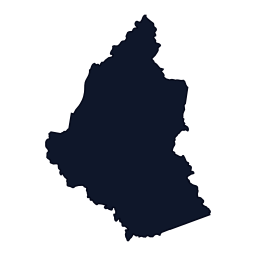 Ku-ring-gai, New South Wales, Australia (Robinson projection)
{"feature_id": "25037944B69948285060259", "entity_name": "Ku-ring-gai", "entity_type": "district", "adm_level": 2, "iso_a3": "AUS", "parent_name": "Australia", "parent_adm1": "New South Wales", "projection": "robinson", "projection_center": [151.146, -33.727], "detail": "fine", "context": "isolated", "style": "filled", "palette": "ink", "viewbox_px": 256, "rotation_deg": 0, "n_neighbors": 0, "source": "geoboundaries", "source_scale": "gbopen_adm2", "svg_char_len": 5801}
<svg xmlns="http://www.w3.org/2000/svg" viewBox="0 0 256 256"><path d="M67.3,185.1L67.7,185.6L68.1,185.9L70.4,186.3L72.3,187.3L73.0,187.5L73.7,187.3L75.2,186.1L78.4,185.3L82.0,185.1L83.4,185.3L83.8,185.7L84.3,186.6L86.3,187.4L86.8,187.9L86.9,189.0L86.6,190.2L86.9,191.1L87.5,191.8L87.4,192.7L88.0,195.2L87.6,196.5L87.7,197.3L88.1,197.5L88.8,197.1L89.4,197.2L90.4,198.5L90.5,198.8L90.3,199.6L90.5,199.9L91.1,200.2L91.9,199.7L92.2,199.8L92.7,200.3L93.9,202.2L95.8,204.0L96.9,204.5L98.3,203.5L100.6,203.7L102.5,204.0L105.8,205.0L106.5,205.3L106.5,205.5L105.9,206.1L105.0,206.5L104.6,207.2L104.6,207.5L105.2,208.2L105.8,208.5L107.7,208.1L109.0,209.1L111.3,209.9L112.0,209.6L112.5,207.7L112.8,207.3L113.7,207.3L114.8,207.8L115.0,208.4L115.1,209.5L115.9,210.7L115.9,213.2L115.8,213.9L115.4,214.4L114.9,214.5L114.2,214.3L113.9,214.8L114.1,215.6L114.8,217.0L114.8,218.1L114.9,219.3L115.3,220.4L115.9,220.9L116.3,220.9L118.1,219.1L119.0,218.5L119.6,218.5L119.8,219.1L119.8,221.0L120.2,221.6L121.4,222.0L121.7,222.3L122.1,223.2L122.3,225.6L122.5,225.9L123.0,226.1L124.7,226.0L125.4,226.3L126.9,227.5L128.2,229.0L128.3,229.6L128.0,229.8L127.3,230.0L126.0,230.0L125.6,230.2L125.5,230.4L126.2,232.0L125.6,234.5L125.9,236.5L126.1,237.2L126.8,238.3L127.3,240.1L127.6,240.5L127.9,240.6L128.5,240.5L129.9,238.4L131.3,237.2L133.2,234.0L134.3,234.4L135.5,235.4L136.1,235.7L136.7,235.7L138.1,235.4L138.5,235.4L138.9,235.8L139.0,236.3L139.2,236.8L140.6,236.2L141.6,236.1L142.5,236.3L143.4,236.8L144.1,236.6L145.1,237.0L145.7,236.7L146.6,235.6L147.0,235.5L148.4,235.6L150.1,236.6L152.7,236.6L154.4,234.8L155.8,234.2L156.5,234.1L158.2,234.3L158.9,234.8L159.8,235.1L160.2,234.0L161.2,232.4L170.2,228.9L170.3,229.1L209.7,214.6L209.4,213.4L209.4,213.1L209.2,212.6L210.0,212.4L210.1,212.0L210.1,211.4L209.8,210.7L208.7,209.4L208.6,208.9L207.0,208.0L206.4,207.1L203.9,206.0L203.6,205.6L203.1,205.9L202.6,205.2L201.9,203.5L203.3,202.2L203.5,201.0L203.2,200.4L200.7,198.0L199.4,197.6L197.9,197.6L197.5,196.8L197.6,196.5L197.3,195.4L197.2,193.7L197.9,190.9L197.5,190.1L197.4,187.4L197.2,186.9L196.3,186.1L193.6,185.3L192.3,184.8L191.0,183.8L190.3,183.5L188.8,181.7L189.3,181.3L188.9,180.4L187.5,179.3L187.0,178.1L187.1,177.0L187.5,176.3L191.1,174.0L193.2,173.5L193.7,173.2L193.6,172.5L193.3,172.0L192.4,171.6L191.0,171.4L190.6,170.9L191.2,167.7L191.0,166.8L190.7,166.4L189.8,165.8L188.7,165.6L188.4,165.5L188.2,164.8L188.5,163.3L188.2,162.8L186.6,162.1L186.1,161.6L184.6,158.0L183.4,155.8L183.0,155.7L182.7,155.9L182.1,156.7L181.3,157.0L180.2,156.9L178.6,156.3L177.9,155.8L174.6,154.2L174.6,153.8L174.7,153.3L174.5,152.6L174.0,152.2L172.6,151.6L172.2,151.0L172.2,149.9L172.7,148.2L173.3,146.8L174.2,145.4L174.6,144.5L174.6,143.6L174.3,142.1L174.0,141.5L174.1,141.0L175.0,139.9L174.6,138.5L175.2,137.0L177.0,135.3L177.3,134.6L177.9,133.8L179.0,133.1L179.6,132.4L180.2,131.4L181.6,130.3L183.0,129.8L184.0,130.2L184.5,129.7L185.4,129.7L186.3,129.8L187.5,130.7L187.8,130.7L188.1,130.2L188.2,129.2L188.0,128.2L187.4,127.1L185.3,125.7L184.5,126.0L184.2,125.8L184.0,124.9L184.6,123.5L183.4,122.1L183.2,120.9L183.7,119.1L182.7,118.3L182.5,117.4L182.7,116.4L182.6,115.0L182.9,113.5L182.9,113.1L184.4,109.6L183.9,105.5L184.3,104.5L185.2,103.5L187.6,87.4L186.7,86.7L185.6,84.7L185.3,83.6L185.0,83.0L184.8,82.0L183.6,80.5L181.1,80.7L179.7,80.5L178.9,80.3L177.0,80.1L175.3,80.4L174.1,80.0L171.9,79.6L169.7,80.0L169.1,80.0L167.8,79.5L166.5,79.3L164.1,77.6L163.7,77.3L163.6,76.9L163.9,75.3L163.8,74.9L163.2,73.8L161.6,72.1L161.4,71.4L161.5,70.8L162.9,69.6L163.1,69.2L161.5,68.7L160.3,68.5L159.6,68.1L156.6,64.5L155.2,63.4L154.2,63.0L153.6,61.2L151.7,59.3L151.8,58.6L152.1,58.1L155.0,55.2L157.3,51.7L158.0,50.2L157.9,48.3L158.1,47.8L158.7,47.0L159.7,46.3L160.3,45.4L160.1,44.9L159.2,44.1L158.2,43.7L156.6,43.4L155.7,42.8L155.3,41.8L155.5,40.5L155.1,39.8L153.7,38.1L153.6,37.7L153.8,36.6L154.5,36.0L155.5,35.7L155.5,34.7L154.6,33.0L154.6,32.6L154.8,31.8L156.0,30.3L156.2,29.6L156.1,29.1L155.8,28.4L153.9,26.8L153.6,25.9L153.5,24.1L153.2,23.4L150.4,21.3L147.5,18.9L146.2,17.6L145.8,16.9L145.8,15.4L144.6,15.4L144.1,15.8L143.1,17.2L142.1,19.9L140.8,21.9L140.5,22.3L138.8,22.3L137.5,21.6L136.9,21.5L136.5,21.6L135.7,22.2L135.2,23.6L135.4,24.8L135.7,25.4L137.2,27.0L137.4,27.4L137.3,27.8L136.4,28.1L134.4,28.4L133.9,28.7L133.3,29.4L132.6,31.2L131.9,31.7L129.1,31.9L128.0,32.5L127.7,32.8L126.3,36.1L126.3,36.8L126.8,37.5L126.8,38.1L126.5,38.8L125.4,40.6L124.4,41.1L122.5,41.3L121.9,41.6L120.9,42.7L120.1,44.0L118.2,45.9L116.2,46.2L114.1,45.9L113.0,46.3L112.8,46.7L113.1,47.9L112.9,48.5L112.4,49.9L111.3,51.3L110.6,53.3L110.7,53.9L111.0,54.2L112.6,54.2L112.9,54.5L113.0,55.0L112.6,56.8L110.6,57.5L108.8,57.8L105.5,60.3L104.5,61.6L103.7,62.3L103.1,62.5L101.8,62.5L100.8,63.9L100.4,65.4L100.0,65.7L99.3,65.7L98.4,64.7L98.0,64.5L97.1,64.6L96.0,65.0L95.7,65.0L94.7,63.6L94.3,63.6L93.6,64.0L93.0,64.4L92.4,65.2L91.8,66.3L91.0,68.8L90.3,69.7L89.7,70.1L89.7,72.3L89.2,74.4L88.5,76.1L86.1,80.5L85.4,82.4L85.0,85.3L84.9,89.8L84.7,92.4L83.8,96.8L82.6,100.1L80.5,104.0L79.0,106.2L76.0,109.8L73.7,114.1L71.5,113.5L69.0,129.0L68.4,129.1L68.0,129.4L66.3,131.4L65.5,131.7L65.0,131.6L64.1,131.6L63.4,132.4L61.4,133.3L60.9,133.7L60.6,133.8L51.0,132.1L50.6,132.8L49.6,133.3L49.1,133.8L49.1,134.2L49.6,134.9L49.2,136.2L49.6,137.2L49.4,138.7L49.2,139.1L47.6,139.4L47.2,139.7L46.3,141.0L45.9,142.1L45.9,145.8L46.1,146.8L46.5,147.4L48.1,149.3L48.9,151.3L47.8,152.4L47.2,153.2L47.2,155.4L47.0,157.3L47.9,158.3L49.4,159.3L50.2,160.0L50.6,161.1L50.4,162.2L50.7,162.7L53.4,163.8L56.1,163.6L57.2,163.7L57.9,164.0L58.3,164.7L58.5,165.5L58.5,166.8L58.7,168.2L59.0,168.7L60.2,169.6L60.5,170.1L60.5,170.7L60.0,172.3L60.1,173.2L60.7,174.5L61.1,174.7L62.1,173.5L62.6,173.5L64.8,176.9L67.3,179.0L66.9,181.2L67.4,182.6L67.3,185.1Z" fill="#0f172a" stroke="#020617" stroke-width="1.5"/></svg>